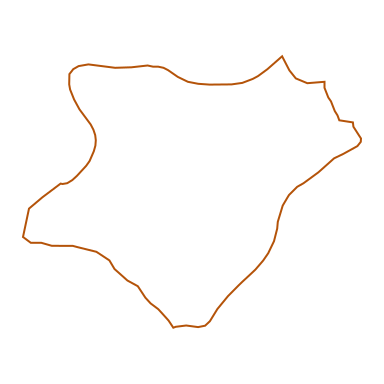 Jangphung, Hwanghae-bukto, North Korea (Mercator projection)
{"feature_id": "82179303B70820658627831", "entity_name": "Jangphung", "entity_type": "district", "adm_level": 2, "iso_a3": "PRK", "parent_name": "North Korea", "parent_adm1": "Hwanghae-bukto", "projection": "mercator", "projection_center": [126.771, 38.094], "detail": "fine", "context": "isolated", "style": "outline", "palette": "amber", "viewbox_px": 384, "rotation_deg": 0, "n_neighbors": 0, "source": "geoboundaries", "source_scale": "gbopen_adm2", "svg_char_len": 1336}
<svg xmlns="http://www.w3.org/2000/svg" viewBox="0 0 384 384"><path d="M282.1,56.3L267.4,69.2L258.0,76.1L252.8,78.9L242.3,82.9L231.5,84.4L209.6,84.6L198.2,83.8L187.9,81.8L177.8,76.9L168.0,70.1L163.5,67.8L158.3,66.7L153.2,66.7L147.6,65.5L131.4,67.3L115.1,67.8L88.4,64.4L78.6,66.1L73.2,69.2L72.0,70.8L69.4,74.1L69.2,84.4L70.1,89.5L74.1,99.5L79.5,109.4L90.7,124.5L93.4,129.7L95.2,135.1L95.8,140.2L95.4,145.6L93.8,151.3L89.6,161.0L86.2,165.8L77.0,175.8L72.3,180.1L67.2,183.2L62.5,184.0L60.6,183.6L42.4,197.3L29.0,208.6L23.0,237.0L30.8,242.8L41.3,242.8L51.8,245.8L72.9,245.9L77.4,247.1L96.4,251.8L109.4,260.4L114.5,269.0L127.4,280.5L137.8,286.2L145.4,297.7L150.6,303.4L158.3,309.2L163.5,314.9L168.6,320.6L173.3,327.7L175.7,326.8L186.2,325.5L198.1,327.1L205.1,325.7L209.9,321.2L217.4,309.0L228.1,296.0L238.8,285.2L242.0,282.1L255.4,269.6L263.2,260.5L268.3,253.1L268.4,252.9L268.7,252.2L274.0,241.2L277.2,228.6L277.8,221.8L278.5,219.5L281.5,209.6L282.7,205.6L287.3,197.8L289.0,195.0L297.2,186.8L303.4,183.3L318.3,172.4L330.9,161.2L334.0,158.4L335.4,157.7L343.1,154.0L354.9,147.5L357.4,146.1L360.8,141.8L360.9,139.7L361.0,138.5L359.5,136.2L353.4,126.7L352.9,122.4L339.3,120.3L337.5,115.4L334.8,111.1L331.0,101.4L328.3,97.5L324.5,87.8L324.5,81.8L307.3,83.2L295.8,78.4L289.4,70.4L282.1,56.3Z" fill="none" stroke="#b45309" stroke-width="2"/></svg>